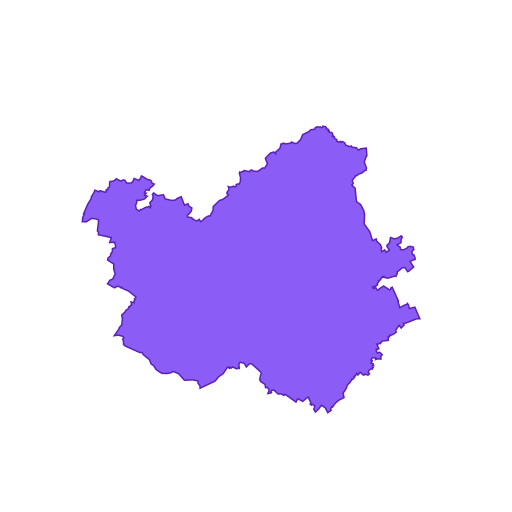 outline of Cashel-Tipperary Lea-7, South Tipperary, Ireland, rotated 41°
{"feature_id": "5873133B11959666540716", "entity_name": "Cashel-Tipperary Lea-7", "entity_type": "district", "adm_level": 2, "iso_a3": "IRL", "parent_name": "Ireland", "parent_adm1": "South Tipperary", "projection": "orthographic", "projection_center": [-8.111, 52.526], "detail": "fine", "context": "isolated", "style": "filled", "palette": "violet", "viewbox_px": 512, "rotation_deg": 41, "n_neighbors": 0, "source": "geoboundaries", "source_scale": "gbopen_adm2", "svg_char_len": 6150}
<svg xmlns="http://www.w3.org/2000/svg" viewBox="0 0 512 512"><g transform="rotate(41 256 256)"><path d="M216.1,409.8L231.6,405.1L233.4,403.6L235.8,404.4L243.5,404.1L247.7,406.3L250.9,405.9L254.8,407.2L259.6,406.8L262.1,406.2L265.9,403.1L268.5,399.7L269.2,397.5L274.7,395.6L283.5,396.7L289.6,390.9L294.3,388.4L295.7,390.1L299.0,390.8L300.5,392.5L307.1,377.5L307.2,373.8L306.8,372.5L308.4,366.3L307.4,358.5L310.5,358.0L309.0,358.0L309.0,357.1L310.8,356.9L311.0,355.2L315.6,353.8L316.0,352.2L317.1,351.8L313.8,348.6L313.7,346.6L317.5,344.7L321.5,346.1L321.7,341.6L323.4,340.2L336.0,340.5L337.1,341.1L337.6,342.9L339.9,346.9L342.0,347.7L347.0,347.0L349.6,349.1L350.9,347.7L353.1,348.2L354.0,348.8L355.2,352.1L357.1,349.6L357.2,348.9L356.3,348.8L356.1,346.6L357.9,345.5L363.4,345.6L365.3,343.6L368.6,342.9L368.4,341.5L369.1,341.2L382.0,340.0L381.1,336.3L386.7,335.1L387.7,328.4L389.1,328.2L389.6,329.1L393.4,330.6L394.1,332.3L395.8,332.1L395.6,331.0L398.5,330.5L399.9,332.7L400.0,333.7L403.2,334.8L403.7,330.6L403.3,325.7L407.7,325.1L413.0,327.2L414.0,323.1L412.7,322.7L412.1,320.3L412.2,319.6L412.9,319.7L412.4,315.2L413.1,310.5L415.3,305.1L411.4,302.1L411.6,300.7L410.9,296.4L409.6,293.6L409.9,289.5L409.2,286.0L409.9,285.7L409.9,282.5L409.1,282.5L409.5,280.6L409.0,278.4L411.0,279.0L410.9,275.4L414.8,275.5L415.7,274.9L415.6,273.8L418.7,272.4L418.9,270.4L416.9,270.1L416.3,267.7L417.2,265.2L417.8,265.2L417.6,263.3L416.9,263.5L416.2,261.9L417.2,261.1L415.4,261.6L415.0,260.5L412.9,261.4L412.5,258.8L411.0,259.1L410.7,256.4L413.2,254.2L414.2,255.7L415.6,253.5L417.9,251.9L416.2,249.9L415.9,247.6L412.7,247.5L412.0,247.9L411.6,249.4L409.6,249.2L408.0,247.5L409.1,246.9L409.5,245.3L404.9,243.3L406.1,242.3L406.3,240.8L407.3,240.6L407.0,237.5L411.2,232.9L408.7,230.0L409.8,229.3L408.9,227.8L409.7,227.4L411.1,224.7L411.8,221.5L410.0,220.3L409.5,214.4L412.8,215.2L413.1,211.0L411.5,210.2L413.3,207.9L418.5,197.9L420.8,195.9L409.4,190.4L406.2,195.1L403.1,192.8L401.3,192.5L401.5,193.8L400.1,196.0L398.5,200.7L392.8,197.1L393.1,196.6L379.2,190.2L378.8,191.7L379.5,192.8L378.9,194.0L372.0,194.9L370.5,199.9L370.8,201.3L369.7,202.2L367.1,201.3L366.0,203.5L364.3,203.0L366.6,199.1L366.6,197.9L365.5,197.0L365.6,194.7L364.8,194.2L365.6,192.3L364.9,190.0L365.7,189.0L365.1,188.5L366.0,187.4L366.8,188.0L369.9,186.4L374.4,179.5L375.0,179.5L373.9,176.1L373.0,175.6L374.3,168.5L376.3,167.1L380.7,168.4L381.2,167.5L382.2,160.9L375.8,159.0L378.3,154.0L377.7,153.4L374.7,151.6L372.9,152.1L370.9,150.6L370.6,149.1L371.0,147.8L369.0,146.1L365.9,147.6L364.6,149.5L364.8,151.0L363.2,154.7L360.8,156.3L359.2,154.8L355.1,155.1L356.7,150.9L354.5,148.0L354.1,145.8L352.3,145.6L351.4,149.0L349.4,152.2L345.4,153.8L347.9,158.1L348.3,160.1L347.7,161.2L348.4,162.9L352.7,163.9L351.9,167.9L349.0,167.0L348.2,170.2L346.1,168.8L345.4,167.3L342.4,165.8L337.1,165.6L335.5,164.3L333.9,167.9L325.8,163.0L316.6,160.8L310.8,153.5L307.6,151.1L301.4,148.5L296.1,149.0L286.3,139.8L281.8,139.6L281.8,137.5L278.9,135.7L279.0,132.2L278.5,130.1L279.3,129.5L279.7,127.1L281.6,123.6L282.1,119.9L282.9,119.3L281.7,117.1L276.1,114.1L273.7,108.2L274.0,107.7L268.4,102.2L264.4,106.7L264.3,108.1L263.7,108.9L260.8,108.5L257.1,110.8L255.7,110.5L255.1,111.9L250.9,113.5L248.7,112.4L246.6,112.8L245.9,113.1L245.6,114.5L244.6,114.1L243.2,116.1L241.4,116.3L240.7,115.2L237.8,115.6L237.2,114.7L235.7,115.5L235.9,114.7L234.4,114.7L234.1,113.7L232.2,113.1L229.8,114.7L228.9,114.4L229.5,114.0L228.7,113.3L226.9,113.0L225.7,114.0L225.1,113.1L223.7,112.8L221.3,114.1L221.7,115.4L221.1,116.2L219.7,116.4L219.3,117.4L217.6,118.1L216.5,120.3L217.2,121.6L214.4,124.9L214.4,127.2L211.6,133.8L213.3,138.9L213.0,143.8L211.6,145.5L208.1,146.7L208.5,147.2L207.0,149.5L204.7,152.1L202.5,152.9L202.0,154.7L201.4,155.0L203.4,159.0L202.7,164.4L203.7,165.9L201.2,165.8L199.3,168.9L199.0,176.2L204.1,178.9L204.9,184.1L203.2,185.2L201.9,190.8L198.8,193.4L196.3,193.9L195.5,195.1L195.8,196.6L190.8,199.4L191.1,200.5L189.9,201.8L189.8,203.0L188.6,203.4L189.2,204.5L192.8,206.9L195.4,210.2L196.1,212.7L194.6,214.0L194.3,215.4L195.3,216.1L194.8,217.7L193.1,218.0L193.0,218.9L191.0,221.3L189.6,221.8L191.2,222.7L192.1,224.2L192.3,227.1L193.4,228.1L194.8,227.7L195.2,228.6L193.8,235.1L192.1,237.9L191.9,239.3L191.3,246.9L193.7,249.7L195.0,256.2L193.8,257.0L192.5,260.7L192.3,264.7L191.8,266.4L189.0,265.6L188.4,268.3L185.5,269.4L182.0,269.4L178.8,271.5L177.5,270.2L177.9,268.5L177.7,264.6L176.1,261.8L172.7,262.4L170.3,261.2L168.7,264.6L160.6,260.3L158.5,265.0L158.5,266.7L155.7,269.5L150.1,272.4L145.9,270.5L142.2,275.0L137.3,275.6L137.5,277.7L138.8,278.0L141.0,281.2L141.0,285.6L143.8,287.2L144.5,289.0L142.7,288.6L142.1,290.4L141.1,291.0L139.1,296.1L138.3,296.8L138.5,298.5L135.2,299.3L132.1,297.1L130.5,293.1L129.3,292.2L132.0,289.9L134.3,286.4L134.6,284.9L134.7,282.2L132.1,283.3L131.9,280.6L130.4,281.6L130.0,281.0L129.7,277.9L132.3,276.6L131.4,274.4L132.2,270.7L132.0,268.5L129.6,269.3L128.1,268.1L126.3,268.1L123.8,269.5L117.8,270.4L117.0,270.8L117.8,272.9L118.0,275.7L113.1,277.5L114.2,280.6L113.9,282.9L110.4,285.9L107.5,284.8L106.0,285.5L104.7,288.3L99.8,289.3L99.9,291.3L98.6,293.9L97.0,295.4L97.0,296.2L99.8,299.5L100.1,301.0L99.6,301.4L100.6,303.4L99.5,304.1L100.8,306.6L95.7,308.9L95.2,309.6L95.5,310.4L91.2,312.1L92.0,313.9L92.8,318.8L93.9,320.9L95.1,327.6L98.1,336.9L98.4,336.3L99.1,337.5L99.9,340.3L102.4,344.1L105.6,341.4L107.2,335.6L110.8,333.0L113.7,332.1L119.9,341.2L121.7,341.4L123.0,343.4L134.8,337.0L136.7,341.9L140.7,337.8L140.2,338.9L142.5,339.7L144.5,341.9L142.8,344.6L144.8,347.1L144.9,349.5L146.2,351.6L145.6,354.5L146.6,356.4L153.9,355.4L157.4,359.4L161.4,361.8L163.0,367.3L161.6,370.2L162.2,374.4L169.6,373.0L170.4,372.4L171.0,370.0L173.2,368.7L175.2,368.6L175.2,367.7L177.1,367.9L182.6,366.1L192.1,365.7L192.7,366.6L192.4,368.2L193.5,368.8L193.4,369.8L194.7,371.2L191.8,372.6L194.2,374.5L193.8,375.7L194.1,376.6L193.3,377.6L194.1,378.3L193.8,379.0L194.2,379.7L193.4,382.2L193.9,384.0L193.4,388.7L196.3,391.0L199.9,396.0L199.8,399.4L200.5,401.4L201.3,409.1L204.2,405.9L208.0,404.1L209.9,404.3L210.0,406.3L211.9,407.3L214.1,409.7L216.1,409.8Z" fill="#8b5cf6" stroke="#5b21b6" stroke-width="1.5"/></g></svg>